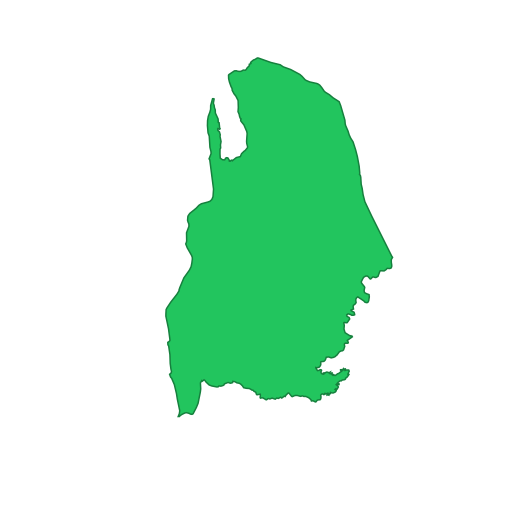 Kampong Leaeng, Kâmpóng Chhnang, Cambodia, rotated 49°
{"feature_id": "14789045B82078343775741", "entity_name": "Kampong Leaeng", "entity_type": "district", "adm_level": 2, "iso_a3": "KHM", "parent_name": "Cambodia", "parent_adm1": "Kâmpóng Chhnang", "projection": "mercator", "projection_center": [104.747, 12.405], "detail": "fine", "context": "isolated", "style": "filled", "palette": "green", "viewbox_px": 512, "rotation_deg": 49, "n_neighbors": 0, "source": "geoboundaries", "source_scale": "gbopen_adm2", "svg_char_len": 6159}
<svg xmlns="http://www.w3.org/2000/svg" viewBox="0 0 512 512"><g transform="rotate(49 256 256)"><path d="M200.8,301.1L204.7,302.5L213.1,304.2L214.9,304.8L216.5,306.0L219.2,309.0L221.5,312.0L223.0,315.6L225.2,324.8L229.9,334.3L231.2,336.5L231.7,336.7L233.0,340.8L234.9,350.6L236.8,357.4L237.5,359.0L240.4,361.8L242.3,363.5L253.6,369.8L262.6,375.8L263.4,376.5L263.5,378.2L263.3,379.2L264.9,380.5L265.5,380.8L266.7,381.0L274.0,385.7L280.9,391.3L285.4,394.3L287.8,395.6L288.6,396.8L288.6,398.8L291.4,399.9L293.0,399.9L299.5,402.0L307.7,406.3L312.3,409.2L322.8,415.1L324.7,417.3L326.1,420.0L326.9,419.1L326.7,418.0L327.0,415.7L327.8,412.7L328.5,411.4L330.4,410.0L332.6,409.0L333.5,408.2L333.8,407.0L331.2,400.4L329.2,396.4L322.1,387.2L320.0,384.9L315.3,381.2L314.5,378.6L315.3,378.6L315.4,376.4L316.3,376.2L318.4,376.4L322.5,376.0L325.0,374.7L329.1,371.5L329.9,370.4L329.8,369.1L331.2,367.9L332.1,365.9L332.3,364.7L331.8,363.8L332.8,360.8L333.3,359.9L335.1,358.9L335.5,358.3L336.2,356.8L335.4,355.7L337.1,354.3L339.1,353.7L341.1,352.1L342.6,351.6L345.1,351.4L347.3,351.7L349.5,350.1L351.6,348.0L353.4,347.3L354.2,347.2L355.6,346.2L356.9,346.3L358.6,345.5L360.6,346.4L361.4,346.3L363.0,343.5L363.7,343.8L365.6,345.8L366.2,345.9L366.9,344.6L367.8,343.8L371.2,342.7L371.5,341.9L371.4,340.8L371.9,340.0L373.0,339.3L373.8,337.1L376.7,335.4L376.8,333.6L378.2,332.5L378.7,330.1L379.3,329.8L379.9,329.9L380.2,329.3L380.3,326.6L381.2,326.2L380.7,324.8L380.5,321.6L381.1,321.1L385.4,321.2L386.0,320.8L386.6,318.7L387.2,317.6L388.5,316.2L391.1,314.5L392.1,312.6L393.3,312.1L394.7,310.5L397.5,309.2L400.4,308.8L401.8,309.3L402.7,307.9L405.0,307.0L405.4,306.5L405.0,304.4L405.8,302.8L406.5,302.1L406.3,300.9L405.0,299.4L403.7,298.7L403.3,297.7L403.5,296.5L404.2,296.0L405.1,295.8L405.3,295.4L404.8,294.3L405.1,293.9L405.8,294.0L406.7,291.7L407.3,291.9L406.9,292.9L407.6,293.6L407.9,292.7L408.9,292.3L408.2,291.0L408.7,290.2L407.8,289.3L409.3,288.4L410.1,287.4L410.7,285.2L410.3,283.8L409.1,283.7L408.5,283.9L408.5,282.8L409.6,282.6L409.7,282.2L408.9,279.8L408.1,279.5L405.7,279.9L405.7,279.3L407.5,277.7L407.1,277.2L405.4,278.1L405.2,277.0L405.4,274.5L406.2,273.5L406.2,272.2L407.2,270.8L407.6,269.8L407.5,269.1L407.0,268.5L407.2,267.0L406.7,264.5L406.0,264.4L406.2,263.6L405.2,263.7L404.9,262.8L404.2,261.9L404.2,261.4L403.2,260.8L402.8,260.9L401.2,262.7L400.8,264.0L400.2,263.9L400.4,263.1L399.9,262.7L399.4,264.4L398.8,263.6L398.3,263.7L398.8,265.7L397.9,266.0L397.3,266.8L397.6,267.1L399.2,267.1L399.0,268.1L398.9,270.6L398.4,271.8L398.2,274.4L398.0,274.8L397.3,274.9L396.9,275.3L397.0,275.7L396.6,276.2L396.1,275.9L396.1,275.5L395.7,275.6L395.4,276.4L394.9,276.3L394.2,275.3L393.9,275.6L394.3,276.5L393.3,277.4L392.9,277.4L392.3,276.2L392.0,277.6L390.9,278.0L389.9,278.9L389.5,280.4L389.6,281.4L389.3,281.7L388.8,281.4L388.5,281.9L389.4,282.6L388.5,283.4L387.3,283.6L386.0,283.1L385.5,281.7L384.9,281.4L383.8,282.2L383.8,283.4L382.8,284.8L380.0,284.4L379.4,284.0L380.3,283.4L381.4,281.1L381.0,279.3L380.2,278.1L378.5,276.8L378.4,276.3L380.0,274.0L380.1,273.1L379.9,271.8L378.5,269.4L379.8,267.4L382.2,266.1L383.4,263.9L383.9,262.0L383.7,260.6L383.9,260.1L383.0,255.9L383.5,254.1L384.3,252.8L384.3,251.5L382.4,248.3L381.1,247.7L380.3,246.8L380.4,245.7L381.8,244.3L382.1,243.5L381.7,243.0L379.6,242.5L380.2,236.3L379.4,236.1L378.9,236.7L378.4,236.7L378.3,237.2L377.1,237.7L372.3,239.1L368.8,237.5L366.4,235.0L364.0,233.6L364.0,233.0L365.6,231.7L366.1,230.9L365.0,226.6L363.6,226.1L361.2,226.9L359.9,226.1L360.1,224.4L362.3,223.0L363.4,222.7L364.5,221.5L365.1,220.2L364.8,219.8L362.8,218.9L359.6,220.1L359.1,219.7L360.0,217.2L358.0,216.0L357.1,214.8L357.3,212.9L356.9,211.1L354.8,209.7L353.9,208.7L353.5,207.4L353.6,206.0L360.6,204.1L362.3,204.1L363.6,203.3L364.2,202.5L364.3,201.7L363.7,200.3L361.2,197.3L359.3,196.0L357.0,197.3L355.2,198.0L354.5,198.0L352.9,197.0L351.1,194.6L350.3,194.3L345.6,194.1L344.5,193.4L343.2,190.3L342.7,188.8L343.0,186.7L343.5,185.9L344.1,185.2L344.9,184.9L348.2,184.9L348.6,184.5L348.4,182.1L348.5,181.6L348.9,181.1L350.5,180.1L351.0,179.3L351.4,177.3L348.7,172.4L348.9,171.6L351.3,169.1L351.6,166.9L351.4,165.1L353.2,163.3L353.7,161.8L353.0,160.5L351.9,159.5L349.5,158.0L347.5,156.3L346.6,153.8L345.3,153.7L302.1,142.6L286.4,138.2L279.9,134.9L274.6,131.5L270.8,129.5L265.2,125.2L263.5,124.3L262.4,124.4L261.5,123.3L256.0,119.3L247.5,114.3L241.1,111.1L233.6,107.9L229.1,107.2L225.7,106.2L222.1,104.6L216.4,102.8L214.8,102.0L211.8,99.8L198.2,93.5L194.1,92.0L187.4,94.0L182.4,94.8L178.0,96.2L176.2,96.4L172.2,95.9L168.9,95.8L166.7,96.4L165.6,97.0L159.8,101.3L156.5,102.9L155.3,103.3L150.5,103.4L147.7,103.8L138.0,107.5L131.2,111.3L127.5,112.3L119.7,117.8L108.2,124.3L107.4,125.1L107.3,125.8L107.0,127.8L106.4,129.3L106.3,132.4L106.6,133.3L107.4,133.6L106.9,135.3L108.0,136.2L108.2,139.2L108.8,141.1L108.8,142.2L107.3,143.7L106.9,145.8L106.2,147.0L104.7,148.5L103.2,149.4L102.1,150.9L101.3,157.3L101.5,158.1L104.2,160.3L107.2,161.9L111.8,163.7L113.9,164.2L115.4,165.3L119.3,166.2L122.1,166.3L126.9,167.5L132.4,172.0L135.3,174.9L137.9,175.7L140.2,177.0L142.4,177.7L142.8,177.4L143.6,178.6L144.3,178.9L149.1,179.1L156.0,181.3L157.8,182.4L163.3,187.9L164.9,189.1L168.1,190.7L168.7,191.5L169.3,195.1L169.1,196.1L169.3,199.8L170.7,202.6L168.8,206.3L168.6,211.4L167.8,211.3L167.4,212.2L167.6,213.2L167.0,213.9L166.1,213.3L163.5,212.9L162.5,213.7L162.2,214.9L162.9,216.3L162.6,217.0L161.2,218.2L158.7,218.8L155.3,216.2L151.7,213.0L151.3,211.8L148.8,209.9L146.7,207.3L142.0,204.6L141.1,203.5L138.4,202.2L136.2,202.4L135.0,201.6L134.8,201.1L136.5,200.3L136.4,199.6L135.5,199.4L131.2,196.4L130.4,196.8L127.7,194.7L121.5,192.9L119.0,190.9L116.7,190.0L114.7,188.7L112.8,188.0L110.0,184.6L109.1,185.1L108.8,185.6L112.7,191.5L115.5,194.0L117.2,196.5L119.3,200.4L122.0,203.7L125.7,207.1L131.6,211.4L134.8,212.6L143.8,219.5L147.7,221.5L149.3,222.8L151.9,227.7L153.1,227.8L177.7,244.2L183.0,249.5L184.4,252.3L184.5,254.8L183.7,256.9L180.7,263.0L180.3,265.8L180.7,269.8L180.4,278.0L181.0,280.5L181.5,281.5L184.1,284.2L186.0,285.1L187.7,285.6L189.6,287.1L192.9,293.2L199.1,298.4L199.9,299.4L200.8,301.1Z" fill="#22c55e" stroke="#15803d" stroke-width="1.5"/></g></svg>